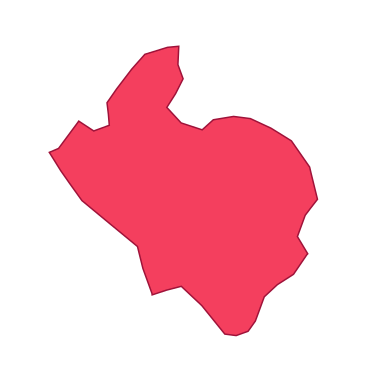 Kolašin, Albers equal-area conic projection, rotated 221°
{"feature_id": "MNE-1512", "entity_name": "Kolašin", "entity_type": "Municipality", "adm_level": 1, "iso_a3": "MNE", "parent_name": "Montenegro", "parent_adm1": "", "projection": "albers", "projection_center": [19.443, 42.798], "detail": "fine", "context": "isolated", "style": "filled", "palette": "rose", "viewbox_px": 384, "rotation_deg": 221, "n_neighbors": 0, "source": "natural_earth", "source_scale": "10m", "svg_char_len": 778}
<svg xmlns="http://www.w3.org/2000/svg" viewBox="0 0 384 384"><g transform="rotate(221 192 192)"><path d="M64.1,221.3L64.2,220.1L61.4,196.5L66.8,178.1L68.7,160.3L63.1,145.6L59.5,136.1L58.3,123.7L64.5,112.6L74.0,106.3L110.1,112.7L138.2,113.8L147.0,101.0L154.6,88.2L155.7,89.2L178.9,102.1L197.4,115.1L232.0,114.2L269.4,113.3L290.0,118.2L304.8,121.9L325.7,128.3L321.3,137.3L323.8,169.5L324.0,171.2L306.2,173.6L298.2,188.1L306.3,196.0L314.7,203.6L316.5,220.2L318.1,245.2L317.9,265.0L305.4,285.1L297.6,293.3L286.2,278.9L273.0,271.6L268.9,255.4L266.5,239.3L245.5,237.0L225.1,245.6L223.3,260.5L210.2,276.3L196.1,285.7L174.2,292.0L150.5,295.8L119.6,288.0L114.5,284.3L92.5,268.8L91.9,257.5L91.3,248.7L83.2,227.5L64.1,221.3Z" fill="#f43f5e" stroke="#9f1239" stroke-width="1.5"/></g></svg>